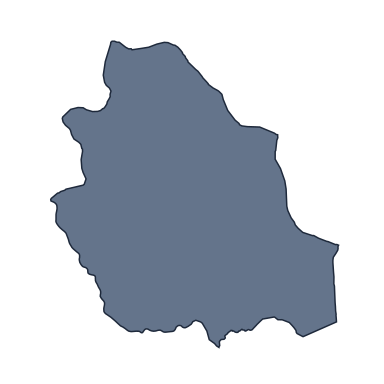 Zacapa, Zacapa, Guatemala, rotated 265°
{"feature_id": "79465075B10782882700872", "entity_name": "Zacapa", "entity_type": "district", "adm_level": 2, "iso_a3": "GTM", "parent_name": "Guatemala", "parent_adm1": "Zacapa", "projection": "mercator", "projection_center": [-89.497, 14.973], "detail": "fine", "context": "isolated", "style": "filled", "palette": "slate", "viewbox_px": 384, "rotation_deg": 265, "n_neighbors": 0, "source": "geoboundaries", "source_scale": "gbopen_adm2", "svg_char_len": 5084}
<svg xmlns="http://www.w3.org/2000/svg" viewBox="0 0 384 384"><g transform="rotate(265 192 192)"><path d="M126.2,333.4L127.1,331.7L127.1,330.3L130.9,322.9L130.9,322.3L134.9,314.1L138.0,309.5L138.1,308.1L142.1,298.8L146.7,294.5L150.2,292.0L153.0,291.3L157.6,288.5L165.2,285.8L169.6,285.2L186.8,286.0L195.0,285.4L207.6,282.2L217.4,277.7L225.2,278.4L226.0,279.0L236.1,281.0L238.5,282.2L241.6,282.3L242.0,280.8L243.4,279.3L250.8,265.1L252.3,252.8L253.5,247.4L254.9,245.2L256.2,244.8L259.8,241.2L267.7,236.2L270.1,234.7L281.3,231.2L286.7,230.3L289.9,227.6L290.7,226.7L293.9,221.9L297.8,217.6L298.4,217.6L300.6,216.0L304.7,212.8L306.3,212.0L311.8,208.4L313.7,206.4L321.8,199.4L323.2,199.2L326.0,197.4L327.7,197.0L330.8,194.6L331.8,194.6L334.6,192.8L337.5,190.5L339.7,187.8L340.0,186.3L342.9,181.1L343.5,177.4L342.4,169.9L340.0,161.5L339.5,154.7L338.9,144.6L340.0,143.9L340.0,143.1L340.1,141.4L341.9,138.6L347.5,132.6L347.8,130.2L349.0,127.9L349.2,125.5L348.2,124.2L346.1,123.7L329.5,117.0L316.1,113.8L308.9,114.5L305.6,116.0L302.9,118.7L299.6,120.1L296.5,118.9L294.1,118.8L292.3,117.7L289.3,115.5L287.0,114.8L284.4,112.8L282.9,111.3L282.8,110.3L281.1,107.9L280.5,105.1L280.8,99.9L283.1,94.0L285.4,90.9L286.1,85.8L284.9,78.3L278.0,69.8L276.6,69.2L274.3,69.5L273.0,69.7L269.5,71.8L265.9,75.4L264.1,76.3L259.7,77.1L255.1,79.0L251.4,83.6L249.2,85.4L245.1,86.0L244.3,86.6L241.9,86.5L234.0,84.4L225.3,84.3L221.0,85.2L214.3,87.6L209.1,85.3L208.3,84.1L205.8,66.7L204.8,65.3L203.9,61.3L202.7,59.4L202.6,58.0L197.9,51.3L196.9,50.6L195.4,50.7L194.6,52.1L194.2,53.0L193.6,53.9L192.9,54.7L191.8,55.6L190.7,56.1L189.8,56.2L189.1,56.2L188.2,56.2L187.0,56.1L186.2,55.9L184.4,55.4L182.7,54.9L181.4,54.6L176.0,54.1L175.1,53.9L174.3,53.9L173.5,54.1L172.7,54.4L171.3,55.1L169.4,56.3L167.8,57.5L166.4,58.8L165.1,60.1L163.8,61.5L162.8,62.3L161.8,63.0L160.7,63.3L155.8,64.7L154.0,65.0L152.0,65.4L150.9,65.8L149.3,66.6L147.2,67.6L145.8,68.7L143.3,71.1L142.8,71.6L142.1,72.3L140.8,73.7L140.2,74.1L139.4,74.4L138.6,74.5L137.6,74.4L136.6,74.3L135.2,73.9L134.1,73.8L133.3,73.9L132.4,74.0L131.7,74.1L131.0,74.4L130.3,74.7L129.3,75.2L128.5,75.7L127.8,76.2L127.2,76.8L126.8,77.5L126.5,78.2L126.3,78.8L125.9,79.6L125.4,80.2L124.9,80.7L123.8,81.3L122.9,81.3L122.1,81.3L121.0,81.3L120.3,81.4L119.7,81.9L119.2,82.6L118.8,83.3L118.5,84.1L118.2,85.0L118.0,85.8L117.7,86.8L117.3,87.4L116.5,88.2L115.8,88.3L115.1,88.3L114.5,88.2L113.3,88.2L112.7,88.1L111.7,88.2L110.6,88.5L108.3,89.6L106.5,90.2L105.6,90.5L104.5,91.0L103.5,91.5L102.7,91.9L102.0,92.1L101.1,92.3L100.1,92.3L99.4,92.2L98.5,92.1L97.8,91.8L96.1,91.5L95.4,91.8L94.2,92.3L92.8,93.2L91.0,94.6L89.5,95.2L88.8,95.2L88.1,95.1L87.3,95.0L86.2,94.7L84.9,94.3L83.7,94.0L82.5,93.9L81.3,93.9L80.5,93.9L79.9,94.2L78.8,94.9L77.9,95.8L77.1,96.9L76.0,98.2L74.4,100.2L70.1,104.4L67.4,106.8L66.0,108.1L64.9,109.1L63.5,111.4L61.9,113.4L60.1,115.3L59.0,116.7L58.4,118.5L58.2,119.5L58.2,120.4L58.2,121.4L58.2,122.6L58.2,123.7L58.2,124.4L58.1,125.1L58.0,126.3L57.7,127.4L57.1,128.3L56.4,129.0L56.1,129.9L56.5,130.7L57.0,131.1L57.7,131.7L58.2,132.1L59.0,132.9L59.5,133.7L59.6,134.8L59.3,136.0L58.9,136.7L58.2,137.5L57.6,138.7L57.2,139.5L56.9,140.7L56.7,141.6L56.7,142.6L56.7,143.8L56.9,144.7L57.1,145.7L57.2,146.4L57.2,147.8L57.0,148.7L56.2,149.8L55.7,150.5L55.2,151.2L54.9,152.0L54.7,153.0L54.7,154.6L54.8,158.5L54.8,159.9L54.9,160.9L55.2,161.9L55.7,162.4L56.2,163.0L57.1,163.6L58.1,164.1L58.7,164.4L59.7,165.8L60.1,166.6L60.2,167.8L60.0,168.7L59.7,169.5L59.1,170.1L58.3,170.7L57.6,171.9L57.4,172.9L57.4,173.6L57.7,174.5L58.6,176.6L59.2,177.6L60.3,179.6L61.1,180.3L61.9,180.9L62.7,181.4L63.9,184.6L61.8,189.3L60.4,190.8L52.2,194.7L43.4,196.3L39.1,201.3L36.5,203.1L34.8,205.3L35.7,205.5L36.3,206.1L36.5,206.2L36.8,206.2L37.5,206.2L39.3,206.2L40.4,206.2L40.8,206.4L41.7,207.3L42.3,208.0L42.5,208.2L42.5,209.2L42.5,209.9L42.5,210.6L42.5,211.0L42.7,211.4L43.5,212.3L43.8,212.4L44.3,212.4L44.8,212.3L45.3,212.2L45.7,212.1L46.0,212.3L46.4,212.8L47.3,214.3L47.7,214.9L48.1,215.2L48.5,215.6L48.8,215.7L49.1,216.3L49.6,217.1L49.8,217.5L50.1,217.9L50.5,218.5L50.7,218.8L50.8,218.9L50.6,219.3L50.3,219.5L50.2,219.6L49.7,219.8L49.6,219.7L49.8,220.0L50.0,220.1L50.3,220.2L50.4,220.4L49.9,220.9L49.8,221.4L49.6,221.8L49.2,222.1L48.9,222.5L48.5,223.2L48.2,224.4L48.2,225.4L48.5,225.8L48.9,226.1L49.2,226.3L49.4,226.9L49.3,227.4L49.9,228.2L50.4,229.0L50.9,229.8L50.2,230.4L49.9,231.7L49.7,232.4L49.1,232.5L48.8,233.4L49.4,234.6L50.0,235.9L50.0,236.6L49.7,237.1L49.4,237.5L49.3,237.8L49.2,238.2L49.2,238.6L49.3,239.0L49.4,239.4L49.6,239.7L49.6,240.0L50.2,240.6L51.1,241.6L51.6,242.1L52.0,242.6L52.3,243.0L52.8,243.4L53.2,244.0L53.6,244.4L54.4,245.2L55.6,246.7L57.1,248.5L59.3,251.3L60.3,262.9L60.1,263.5L57.3,266.4L56.9,270.1L57.0,270.4L53.5,277.6L50.3,280.1L48.1,281.7L45.1,283.5L42.9,283.7L41.8,284.4L38.2,290.0L50.0,324.6L53.7,324.7L56.4,324.7L57.8,324.9L60.8,324.7L65.6,324.9L69.3,324.9L77.7,325.3L85.9,325.7L88.1,325.3L95.1,326.0L99.8,326.0L109.4,326.2L111.7,326.4L114.7,327.1L118.3,330.0L121.3,332.1L123.0,332.6L124.8,332.6L126.2,333.4Z" fill="#64748b" stroke="#1e293b" stroke-width="1.5"/></g></svg>